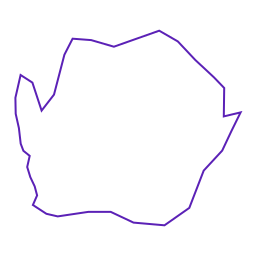 outline of Hódmezôvásárhely
{"feature_id": "HUN-4917", "entity_name": "Hódmezôvásárhely", "entity_type": "Urban county", "adm_level": 1, "iso_a3": "HUN", "parent_name": "Hungary", "parent_adm1": "", "projection": "equal_earth", "projection_center": [20.359, 46.389], "detail": "fine", "context": "isolated", "style": "outline", "palette": "violet", "viewbox_px": 256, "rotation_deg": 0, "n_neighbors": 0, "source": "natural_earth", "source_scale": "10m", "svg_char_len": 536}
<svg xmlns="http://www.w3.org/2000/svg" viewBox="0 0 256 256"><path d="M224.2,88.0L223.8,116.4L240.6,112.4L231.4,131.1L222.2,150.6L203.7,170.6L189.3,207.9L164.5,225.3L133.5,222.6L110.8,211.9L88.1,211.9L57.7,216.4L46.4,213.8L32.9,205.0L37.1,195.4L34.7,186.4L30.3,177.1L27.2,167.0L29.7,155.9L23.4,150.8L20.7,143.7L18.9,128.1L15.7,113.8L15.4,97.8L20.6,75.0L32.4,82.6L41.6,110.6L54.0,94.6L64.4,54.7L72.6,38.7L91.2,40.1L113.9,46.7L159.2,30.7L177.8,41.4L195.3,60.0L213.9,77.3L224.2,88.0Z" fill="none" stroke="#5b21b6" stroke-width="2"/></svg>